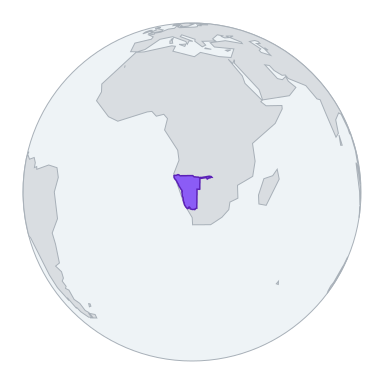 Namibia highlighted on a globe, orthographic projection
{"feature_id": "NAM", "entity_name": "Namibia", "entity_type": "country or territory", "adm_level": 0, "iso_a3": "NAM", "parent_name": "Africa", "parent_adm1": "", "projection": "orthographic", "projection_center": [18.141, -22.953], "detail": "fine", "context": "on_globe", "style": "filled", "palette": "violet", "viewbox_px": 384, "rotation_deg": 0, "n_neighbors": 0, "source": "natural_earth", "source_scale": "50m", "svg_char_len": 6755}
<svg xmlns="http://www.w3.org/2000/svg" viewBox="0 0 384 384"><circle cx="192" cy="192" r="169" fill="#eef3f6" stroke="#a8b0b8"/><path d="M26.4,158.3L28.5,151.9L27.8,154.4L29.5,159.2L34.2,157.5L35.3,162.7L34.4,167.6L36.7,166.6L36.8,169.3L48.7,165.0L57.0,167.7L58.3,177.4L54.3,192.0L57.5,218.7L52.2,233.0L55.5,244.1L59.4,263.0L55.6,266.1L61.5,271.7L63.4,278.1L62.2,281.1L66.1,286.3L65.5,288.4L68.9,290.1L74.1,299.4L79.8,303.4L85.2,310.5L89.0,312.6L88.7,313.4L90.1,315.4L92.3,317.0L88.7,317.2L80.7,311.7L76.7,307.5L76.3,308.1L67.2,297.6L69.0,300.6L57.4,287.6L49.4,275.0L33.1,242.8L30.7,238.0L29.0,236.0L27.9,232.1L25.4,219.9L23.8,207.6L23.1,195.3L23.3,182.9L24.4,170.5L26.4,158.3ZM96.8,318.0L90.1,317.9L92.9,317.5L89.6,313.4L95.1,314.5L96.8,318.0ZM89.4,306.8L88.7,303.6L90.1,303.9L90.9,306.2L89.4,306.8ZM210.3,24.0L216.1,24.9L215.2,24.6L218.6,25.2L218.9,25.2L230.6,27.5L242.1,30.6L253.4,34.6L264.3,39.3L274.9,44.8L285.1,51.0L294.8,57.9L304.0,65.5L312.6,73.7L320.7,82.5L328.1,91.8L334.8,101.7L340.8,111.9L346.1,122.6L350.6,133.7L354.3,145.0L357.2,156.5L354.7,147.0L356.8,156.9L359.5,171.1L360.5,184.0L359.6,176.8L358.2,165.3L357.0,159.8L355.4,150.6L350.7,134.7L349.6,133.7L347.9,128.4L341.2,114.3L338.6,112.9L335.7,119.8L338.4,133.3L336.0,137.2L325.7,113.2L320.1,99.7L317.0,98.9L305.8,85.6L288.3,78.5L285.3,75.0L282.1,75.3L274.2,70.6L269.4,65.5L264.8,64.8L277.5,78.6L282.4,79.7L285.6,76.5L288.3,81.2L295.9,87.4L289.4,95.7L262.6,99.9L259.1,89.7L234.3,63.1L234.6,60.8L234.5,60.5L234.1,60.0L232.7,63.6L228.2,59.2L242.3,75.9L245.0,83.4L262.2,100.4L260.8,101.7L266.1,105.8L281.9,105.5L282.2,108.9L275.2,123.4L252.5,143.4L255.1,161.2L252.7,176.4L237.5,185.3L237.9,198.2L229.9,202.1L228.8,209.6L221.9,217.3L210.6,224.7L192.6,224.8L192.2,217.6L184.3,204.3L173.7,173.9L179.0,160.2L177.7,150.2L164.6,130.0L167.5,118.6L163.8,114.3L156.3,116.2L151.9,111.4L147.3,111.9L117.8,121.2L108.5,116.7L96.5,100.7L101.5,91.9L101.8,84.0L136.1,52.3L144.1,51.9L171.8,45.8L175.4,46.3L172.9,51.2L194.4,56.7L200.4,52.4L219.1,56.6L231.0,57.5L233.9,48.9L214.4,47.0L210.2,42.7L225.3,40.7L242.3,43.6L241.2,42.1L229.8,37.5L233.1,36.0L225.8,36.0L229.2,37.6L224.8,37.9L221.4,36.5L222.6,35.8L217.3,34.8L212.6,38.9L215.6,41.0L202.1,41.3L205.7,45.1L202.3,46.8L194.8,41.2L195.1,39.3L181.7,34.8L180.3,36.6L192.8,41.3L189.1,40.9L187.3,44.3L185.8,41.5L172.6,36.7L160.0,39.3L145.0,49.5L137.4,51.8L130.6,51.7L134.9,43.1L151.4,39.2L153.2,36.9L148.9,35.0L154.3,34.2L154.5,33.2L160.7,32.2L168.4,29.1L174.5,28.3L176.7,26.1L180.1,25.6L177.9,26.9L179.6,27.7L194.6,27.1L197.3,26.7L197.5,25.5L201.6,25.8L199.8,24.8L208.1,24.9L196.6,24.1L196.5,23.5L201.0,23.4L198.9,23.2L191.6,23.5L190.6,23.9L193.0,24.3L188.3,26.1L183.3,26.7L180.4,24.8L173.0,25.7L173.9,24.5L185.7,23.2L198.0,23.1L210.3,24.0ZM125.2,65.4L124.5,67.7L125.2,65.4ZM261.1,52.4L270.7,55.4L264.9,49.3L268.1,50.1L264.9,47.9L264.4,48.8L256.5,43.5L260.0,43.5L258.1,41.5L254.8,40.5L249.5,41.5L260.8,48.9L259.2,50.3L261.1,52.4ZM28.6,151.5L28.7,152.4L28.1,153.6L28.6,151.5ZM150.1,30.4L152.5,30.3L150.5,31.4L142.8,33.8L145.5,32.0L150.1,30.4ZM156.3,30.0L155.5,28.2L160.3,27.2L157.7,28.0L161.0,27.4L157.7,28.7L163.0,29.9L161.7,31.1L148.1,34.0L153.3,32.2L150.7,32.2L156.3,30.0ZM179.1,44.4L181.8,44.4L185.9,44.0L184.8,46.4L179.1,44.4ZM169.9,41.0L172.3,40.5L172.7,43.2L169.9,43.4L169.9,41.0ZM173.2,38.3L172.4,40.3L171.2,39.3L173.2,38.3ZM180.0,26.6L182.5,26.3L182.9,26.6L181.7,27.1L180.0,26.6ZM230.8,49.9L227.6,51.3L225.7,50.3L227.2,50.0L230.8,49.9ZM205.3,47.9L211.3,49.3L204.9,48.6L205.3,47.9ZM278.5,281.2L278.3,284.5L276.3,283.8L278.5,281.2ZM279.2,179.1L266.2,205.3L258.9,204.0L258.5,195.1L263.9,178.7L272.7,175.7L277.2,169.2L279.2,179.1ZM359.0,217.7L359.4,213.2L359.6,207.4L360.0,205.6L359.7,212.5L359.7,212.9L359.0,217.7ZM359.9,205.2L359.6,191.9L356.0,162.6L357.4,165.6L360.5,186.8L360.4,188.5L360.6,198.0L359.9,205.2ZM339.0,135.0L342.2,145.2L340.7,145.3L339.0,135.0ZM327.1,293.4L328.2,290.6L330.7,286.0L333.7,282.3L343.1,265.8L342.6,267.2L347.4,257.4L347.6,257.9L341.7,270.3L334.9,282.1L327.1,293.4Z" fill="#d9dde1" stroke="#a8b0b8" stroke-width="1"/><path d="M206.7,176.6L207.3,176.5L207.9,176.4L208.6,176.3L209.1,176.3L209.2,176.2L210.5,176.4L211.1,176.5L211.5,176.8L211.9,177.3L211.0,177.3L210.6,177.4L209.9,178.0L209.7,177.9L209.4,177.7L209.1,177.8L208.8,178.0L208.4,178.2L208.1,178.4L208.0,178.5L207.5,179.0L207.4,179.0L207.2,179.0L207.1,178.8L206.9,178.4L206.4,177.7L206.2,177.7L205.9,177.7L204.9,177.8L204.1,177.9L202.8,178.1L201.5,178.3L200.7,178.4L199.9,178.4L199.9,179.0L199.9,180.2L199.9,181.4L199.9,182.6L199.8,183.8L199.8,185.0L199.8,186.2L199.8,187.4L199.8,188.6L199.8,189.2L199.7,189.3L199.3,189.3L198.4,189.2L197.6,189.2L197.0,189.2L197.0,189.9L197.0,190.8L197.0,191.6L197.0,192.5L197.0,193.3L197.0,194.2L197.0,195.0L196.9,195.9L196.9,196.7L196.9,197.3L196.9,198.6L196.9,200.0L196.9,201.3L196.9,202.6L196.8,203.9L196.8,205.2L196.8,206.5L196.8,207.8L196.8,208.2L196.5,208.2L196.0,208.4L195.6,208.6L195.5,208.8L195.3,209.0L195.0,209.0L194.9,209.2L194.9,209.4L194.9,209.5L194.6,209.6L194.3,209.6L193.8,209.4L193.2,209.4L192.4,209.5L191.9,209.4L191.6,209.2L191.2,209.1L190.9,209.1L190.6,209.0L190.2,208.9L190.1,208.7L189.9,208.3L189.9,208.2L190.0,208.1L190.0,207.9L190.0,207.7L189.8,207.5L189.7,207.5L189.5,207.3L189.4,207.1L189.2,207.0L188.9,207.1L188.7,207.3L188.6,207.5L188.5,207.9L188.5,208.0L188.4,208.2L188.3,208.3L188.2,208.2L188.1,208.3L187.7,208.6L187.3,208.5L186.5,207.6L186.2,207.4L185.7,206.8L184.7,205.1L184.5,204.8L184.3,204.0L184.1,203.4L184.1,203.0L184.2,202.8L184.1,202.6L184.0,202.3L183.6,202.0L183.5,201.0L183.2,200.3L183.3,199.7L183.2,199.2L183.1,198.9L183.2,198.2L183.0,197.5L182.6,196.8L182.2,195.8L182.2,195.4L182.2,194.2L182.1,193.7L182.1,193.1L181.9,192.5L181.9,192.2L181.9,191.9L182.0,192.0L182.2,191.7L182.2,191.4L182.0,190.6L181.6,189.9L180.6,188.7L180.4,188.2L180.2,187.8L179.1,186.2L178.6,185.1L178.3,184.1L177.9,183.6L176.2,180.4L175.8,179.9L175.1,179.3L175.0,179.1L174.7,178.6L174.2,177.8L174.0,177.1L174.0,176.2L174.0,175.6L174.5,175.5L174.8,175.3L175.1,175.3L175.3,175.4L175.6,175.4L176.3,175.4L176.6,175.2L176.9,175.1L177.1,174.9L177.4,174.8L177.8,174.6L178.0,174.6L178.3,174.7L178.7,174.7L178.9,174.8L179.1,175.1L179.5,175.4L179.8,175.5L180.1,175.7L180.2,175.8L180.3,175.8L181.0,175.8L181.5,175.7L182.1,175.7L183.2,175.7L184.2,175.7L185.3,175.7L186.4,175.7L187.5,175.6L188.5,175.6L189.6,175.6L190.7,175.6L191.1,175.6L191.9,175.6L192.7,175.6L192.8,175.7L193.0,175.8L193.3,176.2L193.6,176.5L193.9,176.7L194.3,176.8L194.6,176.9L194.9,176.9L195.5,176.9L196.2,177.0L197.0,177.1L197.8,177.1L198.3,177.1L198.6,177.3L199.0,177.5L199.3,177.5L199.8,177.5L200.3,177.4L200.8,177.4L201.0,177.5L202.0,177.4L202.7,177.3L203.7,177.1L204.6,177.0L205.8,176.8L206.7,176.6Z" fill="#8b5cf6" stroke="#5b21b6" stroke-width="1.5"/></svg>